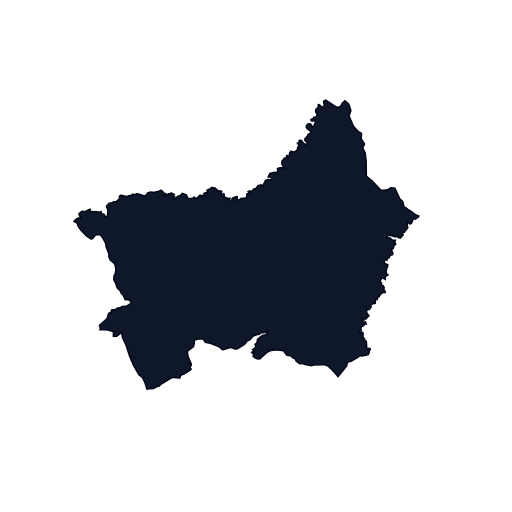 the district of Niangara, Orientale, Democratic Republic of the Congo, rotated 139°
{"feature_id": "63176286B33291186627226", "entity_name": "Niangara", "entity_type": "district", "adm_level": 2, "iso_a3": "COD", "parent_name": "Democratic Republic of the Congo", "parent_adm1": "Orientale", "projection": "mercator", "projection_center": [27.865, 3.502], "detail": "fine", "context": "isolated", "style": "filled", "palette": "ink", "viewbox_px": 512, "rotation_deg": 139, "n_neighbors": 0, "source": "geoboundaries", "source_scale": "gbopen_adm2", "svg_char_len": 6123}
<svg xmlns="http://www.w3.org/2000/svg" viewBox="0 0 512 512"><g transform="rotate(139 256 256)"><path d="M106.9,179.3L108.6,182.8L110.0,189.6L110.6,189.7L111.1,193.6L112.1,195.8L109.6,200.7L109.9,205.0L106.7,216.0L109.2,219.0L113.1,219.6L117.4,222.4L118.6,224.2L119.1,236.5L120.4,243.8L110.7,255.2L106.0,262.1L104.5,267.6L100.6,269.3L99.6,275.6L95.9,279.3L97.1,282.6L97.4,289.8L93.9,300.6L89.0,303.5L86.3,309.7L87.0,314.8L90.2,314.8L94.2,313.4L96.7,314.4L97.9,316.5L101.1,327.9L103.5,328.4L105.7,324.9L108.1,324.6L108.7,325.4L109.0,328.7L109.6,329.4L111.7,327.4L114.8,327.3L116.3,325.9L117.0,323.0L117.9,322.1L120.0,321.5L121.2,322.7L122.4,322.2L124.9,323.0L125.5,322.1L125.1,321.0L123.1,319.8L123.0,318.2L128.2,315.7L128.6,316.7L128.2,320.0L130.1,321.6L132.7,321.2L133.7,320.0L133.8,318.3L132.9,313.4L133.8,313.0L136.9,313.6L138.6,312.8L142.1,312.4L142.9,311.9L143.4,310.2L143.2,309.0L141.8,308.0L143.5,307.2L144.7,307.3L145.7,308.5L146.3,309.7L145.9,312.8L146.3,314.1L147.1,314.6L148.1,314.6L148.9,313.2L150.7,314.0L151.0,311.5L151.7,310.8L153.2,310.7L154.9,309.1L158.0,309.1L159.5,309.9L160.8,312.2L163.2,311.7L165.1,309.8L166.1,310.0L166.7,311.6L167.2,311.7L168.6,309.7L170.1,311.2L174.4,310.5L176.4,308.1L176.9,304.7L177.5,304.2L179.2,306.3L181.8,307.8L182.6,307.9L183.7,305.7L185.9,305.6L187.2,307.1L191.3,309.2L194.9,307.7L193.2,305.7L193.1,304.8L193.7,303.9L195.6,304.2L196.9,306.2L199.8,306.7L201.1,305.7L202.5,305.6L204.4,304.5L205.1,304.8L205.3,306.2L208.2,307.8L212.5,306.9L212.9,307.8L214.1,308.0L217.5,307.5L217.8,309.2L219.7,309.8L219.9,307.9L220.5,307.3L222.0,308.9L224.2,306.9L225.7,306.4L229.4,309.2L231.6,309.3L233.0,310.2L233.1,310.8L231.2,313.1L231.9,313.8L235.8,315.1L236.8,314.9L237.6,313.6L238.9,313.7L239.8,314.9L237.8,316.6L239.4,317.5L239.8,319.0L240.9,319.9L241.1,320.9L239.4,324.0L239.8,324.6L241.0,323.9L241.9,324.6L241.4,326.1L239.6,327.2L239.7,328.0L241.7,329.8L242.4,334.6L243.5,335.3L244.4,336.9L245.8,336.7L249.8,337.8L250.4,337.1L250.4,335.2L253.2,337.2L254.7,337.3L255.5,335.0L258.3,338.6L263.8,338.5L263.9,341.0L266.1,341.2L269.1,343.4L269.5,344.5L268.5,347.9L270.5,351.6L273.1,351.3L276.0,352.4L280.8,352.5L280.9,353.3L280.1,354.0L278.4,354.3L278.7,356.6L277.4,356.3L278.7,359.3L280.0,358.0L280.7,358.4L280.5,359.8L281.2,360.4L284.3,360.5L286.3,361.7L285.9,362.5L283.5,361.7L283.1,362.2L284.4,363.9L284.0,366.1L284.7,368.1L286.7,368.5L291.3,371.0L293.9,373.7L297.0,374.8L298.2,373.9L300.8,374.5L304.3,380.4L305.4,381.4L307.1,381.7L308.7,383.7L310.4,383.5L312.5,385.0L314.4,385.5L318.0,390.5L320.0,390.7L321.1,389.0L322.0,388.8L326.5,388.8L327.7,390.3L330.3,390.9L332.1,392.2L335.9,391.8L336.7,390.8L337.4,388.1L341.8,383.8L343.4,383.6L343.8,384.6L343.3,387.1L344.7,389.1L343.8,391.3L345.4,391.6L347.0,393.8L351.7,397.9L351.8,398.4L350.5,399.8L350.8,400.4L355.9,401.6L358.0,404.0L361.5,404.1L362.5,403.4L363.3,399.2L364.2,399.3L364.7,401.0L367.2,401.8L370.6,401.6L369.4,398.0L370.7,395.3L371.2,390.1L370.8,382.4L369.4,377.0L367.8,376.3L363.2,377.2L359.6,374.2L359.9,369.7L361.2,364.2L363.0,361.4L365.9,353.5L367.3,352.5L368.7,348.7L367.9,343.8L368.2,341.7L370.8,337.5L374.2,334.8L376.0,334.3L378.8,331.6L380.2,326.3L381.4,324.1L381.7,322.1L381.2,319.4L382.2,316.2L381.9,313.8L383.4,308.9L380.8,306.5L380.3,302.9L382.3,302.4L386.7,303.1L390.3,305.8L392.4,305.9L394.8,307.7L397.2,307.7L400.4,310.1L401.8,308.7L404.9,309.4L409.4,306.5L419.7,306.3L420.8,303.5L422.2,302.8L416.9,298.1L413.2,292.5L416.3,289.0L413.9,286.8L407.5,286.5L410.3,281.9L412.6,273.9L417.1,263.3L420.2,253.9L422.3,243.2L421.4,238.8L422.9,233.4L425.7,226.9L424.6,226.5L420.3,223.2L416.3,222.4L414.7,221.4L411.7,221.5L400.8,219.7L398.3,218.8L393.6,213.9L391.6,215.0L390.1,215.1L388.0,214.2L380.1,213.0L379.2,213.2L378.7,215.4L376.5,216.1L375.7,217.0L373.2,224.9L370.3,229.1L362.6,228.6L359.6,230.7L358.4,232.6L357.0,232.6L354.4,231.4L350.8,228.6L350.4,227.2L350.9,224.0L347.8,220.2L343.5,212.0L342.7,207.0L335.2,203.7L332.5,199.1L330.5,198.1L322.4,196.8L318.8,197.7L315.2,196.7L310.9,197.5L306.1,195.7L305.1,194.7L302.3,194.7L300.1,192.6L296.0,191.8L297.3,190.5L298.8,190.7L300.0,189.8L303.2,192.0L309.7,192.1L310.6,191.0L313.1,189.8L314.7,190.0L315.6,187.6L318.2,187.2L320.0,187.6L319.7,185.0L321.4,186.1L322.6,185.9L321.9,185.1L322.6,183.2L323.9,182.4L323.7,180.0L322.3,177.2L320.5,175.8L311.0,176.1L306.7,174.9L302.1,171.6L297.3,166.4L297.9,161.7L297.4,160.3L294.9,157.4L295.2,155.5L293.8,152.3L294.7,150.5L293.6,145.9L291.6,144.4L289.4,140.8L286.1,136.9L283.6,135.6L275.5,128.9L273.9,125.8L273.3,120.7L273.2,111.1L259.6,113.6L258.1,114.9L255.9,115.6L253.5,114.2L245.5,112.7L243.1,112.8L241.2,110.5L239.8,110.9L239.2,109.5L235.9,107.9L233.4,109.3L232.9,110.5L231.2,110.3L230.7,111.3L231.3,112.3L232.5,112.7L232.9,113.7L228.8,119.1L229.2,120.8L228.5,122.3L228.3,125.0L225.8,127.3L225.7,128.5L226.3,129.6L228.0,129.6L228.6,130.5L228.2,131.6L225.2,131.0L224.6,132.3L222.8,133.6L220.4,132.7L218.6,133.4L217.5,132.3L216.6,134.6L218.5,135.5L219.4,136.6L218.5,137.6L216.7,136.8L216.2,138.1L214.3,136.3L211.4,136.9L210.4,136.6L209.8,137.0L209.9,139.9L208.8,141.8L206.8,142.7L205.9,141.3L203.0,141.8L202.3,142.3L201.9,143.8L201.1,143.9L200.2,143.3L198.8,143.6L198.1,142.5L197.1,142.1L194.1,144.8L192.9,143.6L191.7,145.0L190.0,144.5L186.6,145.5L185.0,145.1L184.3,145.7L183.0,143.9L182.3,143.8L181.5,144.8L182.0,146.4L180.1,147.9L179.5,150.0L180.4,152.1L180.2,152.8L179.1,153.1L179.2,155.3L175.8,156.8L174.8,156.4L173.8,153.5L172.0,155.6L168.8,155.1L169.1,156.9L167.3,159.8L166.3,160.1L165.6,161.3L164.0,161.3L162.3,163.0L163.6,165.7L163.2,167.2L161.0,168.9L160.4,168.7L160.2,167.1L159.5,166.9L158.8,168.3L156.7,167.3L154.2,168.5L152.2,167.4L151.0,168.2L149.6,171.9L148.6,172.1L147.7,171.6L145.2,173.2L142.7,173.3L142.5,175.0L140.5,176.5L142.5,178.1L143.1,182.1L144.4,182.8L144.9,183.7L144.4,184.6L142.5,184.7L140.9,183.1L138.3,179.1L136.8,178.5L136.6,176.7L135.3,174.8L131.1,175.4L130.4,177.2L129.4,177.4L128.6,176.6L123.0,177.7L120.2,182.0L119.4,182.0L118.9,179.3L118.3,178.8L117.3,178.7L113.4,180.6L112.6,180.4L111.3,179.1L109.3,179.3L108.2,178.8L106.9,179.3Z" fill="#0f172a" stroke="#020617" stroke-width="1.5"/></g></svg>